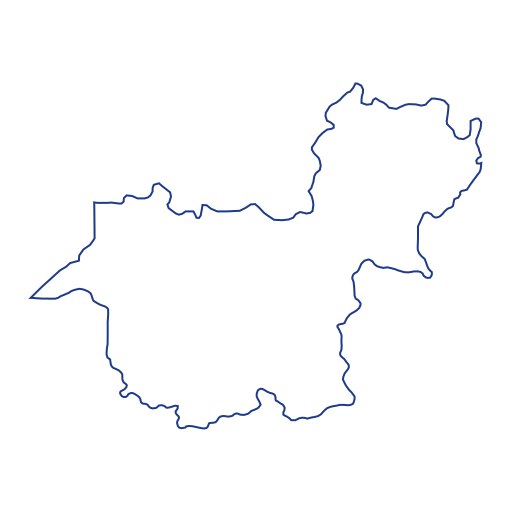 outline of Pruzhany, Brest, Belarus
{"feature_id": "67162791B13478011403583", "entity_name": "Pruzhany", "entity_type": "district", "adm_level": 2, "iso_a3": "BLR", "parent_name": "Belarus", "parent_adm1": "Brest", "projection": "mercator", "projection_center": [24.486, 52.68], "detail": "fine", "context": "isolated", "style": "outline", "palette": "blue", "viewbox_px": 512, "rotation_deg": 0, "n_neighbors": 0, "source": "geoboundaries", "source_scale": "gbopen_adm2", "svg_char_len": 6073}
<svg xmlns="http://www.w3.org/2000/svg" viewBox="0 0 512 512"><path d="M428.0,102.0L425.6,104.7L421.3,105.6L415.9,104.4L408.9,104.1L405.6,104.7L399.9,107.1L396.5,108.9L389.0,107.7L386.3,104.7L383.5,102.6L379.9,101.1L375.7,98.3L373.3,99.8L371.5,104.1L366.6,104.7L361.5,102.9L361.5,100.1L361.8,96.5L363.0,92.3L363.0,89.3L361.2,85.6L357.2,83.5L355.4,83.5L353.9,86.5L353.0,88.1L350.0,91.7L347.3,92.6L343.3,96.2L340.0,99.8L336.4,102.6L331.9,104.7L329.7,106.5L325.8,112.8L325.5,116.2L327.0,120.7L330.3,122.2L333.7,124.9L333.7,127.7L331.3,128.9L327.3,129.5L322.8,132.8L318.6,137.0L314.9,143.1L311.9,147.3L311.9,149.7L314.0,153.3L318.6,157.9L319.8,160.9L320.7,165.7L319.8,170.0L315.8,173.3L314.3,176.3L313.4,181.8L311.3,188.1L308.6,191.1L311.6,196.0L312.8,200.5L313.4,204.7L312.5,211.1L310.1,212.9L306.5,213.5L300.1,212.0L295.9,214.1L293.2,217.7L288.6,219.5L282.0,220.2L274.1,219.8L267.8,215.6L264.1,212.9L258.7,207.2L255.1,204.1L250.8,204.4L245.7,207.8L239.7,210.8L226.7,211.4L217.3,211.4L210.9,208.7L206.7,205.3L202.5,205.0L201.9,209.0L201.0,213.8L200.7,215.6L198.9,218.0L196.4,217.7L195.2,214.7L193.4,211.4L185.6,211.4L182.2,213.8L178.9,214.7L175.9,213.5L172.6,211.1L168.6,208.1L167.4,204.4L169.2,202.6L171.0,196.6L170.1,192.3L162.0,186.0L159.0,183.3L153.8,184.8L152.6,188.1L152.6,191.4L150.5,195.4L147.8,197.5L144.7,198.4L137.5,198.4L132.1,196.0L126.6,195.4L123.9,198.1L123.6,201.7L121.5,203.5L118.8,203.5L111.5,202.6L105.8,202.9L97.3,202.9L94.2,202.4L94.3,206.5L94.6,238.3L93.1,240.7L90.0,244.9L83.4,249.5L79.2,255.5L78.9,260.7L70.1,263.1L66.2,266.7L60.1,270.3L42.0,286.7L30.7,297.9L33.8,298.0L37.2,298.3L42.2,298.6L46.5,298.6L51.2,298.7L55.3,298.7L58.1,297.8L60.9,296.1L65.1,294.4L68.6,292.9L71.0,291.3L73.5,290.2L76.9,289.3L79.5,288.8L83.0,289.4L85.3,290.2L88.0,291.4L90.6,293.3L91.4,295.0L92.1,297.2L92.8,299.4L93.6,300.9L97.3,303.2L100.3,304.8L105.1,306.5L107.1,307.9L108.1,309.2L108.1,311.2L108.2,314.3L107.7,321.7L107.7,334.7L107.6,344.3L106.9,348.2L106.6,352.7L106.6,354.7L107.5,357.6L110.1,359.4L110.5,362.3L110.9,364.7L112.0,366.7L113.5,368.0L115.3,368.7L117.4,369.7L118.8,370.4L120.6,372.0L122.0,373.7L122.4,375.7L122.3,378.1L122.6,380.2L123.6,382.3L126.0,384.1L126.8,385.2L126.3,387.3L124.3,389.4L122.6,390.3L120.9,391.2L120.1,392.3L120.3,394.0L121.9,396.2L123.7,397.0L125.9,396.9L127.4,395.8L128.3,394.2L129.4,393.6L130.7,393.1L132.5,393.0L135.1,394.2L137.7,395.9L139.4,397.4L140.4,399.3L140.6,400.8L141.4,402.7L143.2,403.7L145.1,403.8L147.0,404.4L148.0,405.2L148.7,406.4L150.6,407.9L152.7,408.4L155.8,408.0L156.9,407.4L157.7,406.6L159.0,405.5L161.4,405.2L163.0,405.5L164.3,406.0L165.2,406.6L165.9,407.4L167.0,407.8L170.1,407.3L171.5,406.8L173.1,406.3L175.1,405.7L177.8,406.1L177.7,408.3L176.8,409.8L175.7,411.2L175.7,413.0L176.6,414.4L178.4,416.2L179.0,417.3L178.7,418.9L177.2,421.5L177.1,423.1L177.5,424.8L178.0,426.2L179.3,427.7L181.1,428.2L183.4,427.9L185.4,427.5L186.4,426.3L189.1,426.0L192.1,426.2L195.6,426.9L200.0,427.9L203.7,428.5L206.5,428.0L207.8,426.6L208.6,424.4L209.2,423.2L209.9,423.0L213.5,422.7L215.6,422.2L216.8,420.9L217.6,419.8L218.7,417.9L220.4,416.6L221.9,416.2L223.3,416.0L224.9,416.1L227.1,416.5L228.5,416.6L229.8,416.4L231.5,416.1L232.7,415.6L233.7,414.6L234.9,413.9L236.2,413.5L237.5,413.5L239.6,414.4L240.7,414.7L243.1,414.9L244.1,414.9L247.3,414.0L248.6,413.4L249.6,412.5L251.3,411.0L254.8,409.6L257.4,408.4L258.7,407.3L260.6,404.7L259.9,402.8L258.9,400.8L257.9,399.1L256.7,396.6L256.7,393.6L257.7,390.7L258.5,389.8L260.6,388.7L262.5,389.0L263.9,389.7L267.4,391.8L270.0,392.9L272.0,393.4L273.4,393.9L274.8,395.1L275.5,397.1L275.5,399.1L275.8,400.5L277.5,401.3L280.3,403.3L282.9,404.7L284.6,407.4L284.5,409.7L284.1,410.8L283.6,411.8L283.3,413.0L283.4,414.7L284.4,415.4L287.3,416.8L289.6,418.4L291.2,420.2L295.2,420.2L296.4,419.7L299.1,418.3L302.1,417.7L304.8,417.9L307.3,418.6L311.4,417.5L314.0,417.1L318.0,416.1L321.1,414.2L322.2,412.9L324.2,410.7L326.9,408.3L330.2,406.9L333.3,406.2L336.7,405.6L339.9,404.9L343.6,404.9L347.8,405.2L350.0,405.1L352.7,404.0L353.8,402.1L354.5,399.4L354.6,398.6L354.6,397.3L354.3,396.0L352.8,394.1L351.6,392.4L349.1,389.9L347.6,387.9L345.8,385.3L343.9,381.6L342.9,379.3L343.4,376.7L344.1,374.8L344.7,373.4L348.1,368.9L348.8,367.5L348.8,365.3L347.9,363.8L346.2,361.8L344.4,359.2L342.4,357.5L340.6,355.8L340.1,354.0L340.2,352.5L341.1,350.7L341.5,349.0L341.7,346.2L341.4,341.5L341.6,336.1L341.2,334.1L339.9,331.5L339.4,330.1L337.4,326.8L337.5,325.6L338.9,324.5L341.5,323.9L342.9,323.7L344.5,323.0L345.6,320.7L346.3,319.2L347.0,318.0L348.3,316.4L349.8,314.6L352.0,313.1L354.1,312.0L356.9,310.2L359.3,307.9L360.5,305.0L360.5,303.2L358.2,300.1L355.7,298.6L354.6,295.7L354.2,287.5L353.6,281.9L352.2,278.3L352.8,275.5L354.1,273.6L356.0,272.6L357.5,271.5L358.5,270.1L359.4,268.2L360.2,266.3L361.4,263.7L364.3,260.8L368.3,259.5L369.8,259.8L372.6,261.5L374.5,264.3L376.9,266.1L379.7,267.1L383.4,267.9L387.3,267.3L391.3,268.2L395.2,269.2L397.5,270.2L400.8,271.2L404.0,272.1L408.1,272.4L411.5,271.9L414.0,271.4L418.2,271.4L420.7,272.0L422.8,273.7L423.6,275.7L425.8,277.4L427.5,277.9L430.1,277.7L431.0,276.3L431.8,274.8L431.9,273.0L431.7,271.9L430.5,271.0L428.6,268.9L427.3,266.1L425.8,261.8L424.7,259.0L421.5,256.2L419.2,253.4L417.8,250.0L417.7,247.4L418.0,237.5L418.0,226.4L419.8,222.5L422.2,217.3L423.4,214.2L425.2,212.9L427.5,212.4L431.2,214.1L432.7,216.0L434.6,217.3L436.7,217.5L439.7,216.5L442.1,214.4L445.1,210.9L447.5,208.8L449.1,208.1L451.3,207.4L453.0,205.9L453.4,203.6L453.8,201.6L454.3,199.3L456.2,198.3L458.2,197.7L460.3,194.5L460.1,192.3L461.6,190.9L464.3,190.4L466.9,189.7L470.0,185.0L473.3,180.4L479.7,171.9L480.7,169.1L481.3,163.0L479.7,163.6L476.9,163.3L476.3,160.6L477.9,158.2L480.6,156.7L480.9,155.2L479.1,150.3L478.8,148.5L476.3,143.1L476.3,139.4L477.6,136.7L479.1,132.2L480.6,128.0L481.2,122.2L478.5,118.6L475.7,118.6L470.6,121.0L470.6,129.5L469.7,135.2L467.0,137.3L463.6,139.1L458.5,138.5L455.2,136.1L454.0,132.8L453.4,130.4L447.0,124.0L446.7,121.0L447.6,115.0L448.2,110.1L448.5,105.3L444.3,100.8L440.4,99.5L434.9,98.6L431.6,98.6L428.0,102.0Z" fill="none" stroke="#1e3a8a" stroke-width="2"/></svg>